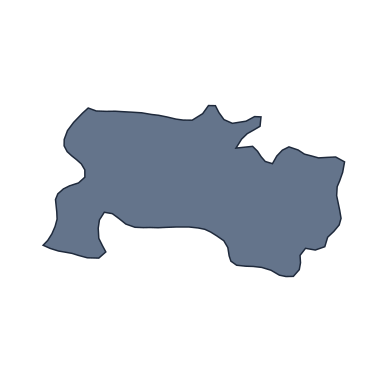 outline of Fama, Minas Gerais, Brazil, rotated 261°
{"feature_id": "56859067B48814730172569", "entity_name": "Fama", "entity_type": "district", "adm_level": 2, "iso_a3": "BRA", "parent_name": "Brazil", "parent_adm1": "Minas Gerais", "projection": "natural_earth1", "projection_center": [-45.815, -21.463], "detail": "fine", "context": "isolated", "style": "filled", "palette": "slate", "viewbox_px": 384, "rotation_deg": 261, "n_neighbors": 0, "source": "geoboundaries", "source_scale": "gbopen_adm2", "svg_char_len": 1561}
<svg xmlns="http://www.w3.org/2000/svg" viewBox="0 0 384 384"><g transform="rotate(261 192 192)"><path d="M117.2,314.6L126.1,318.9L130.9,325.9L136.4,332.2L142.7,335.1L151.1,335.0L165.8,334.3L174.5,336.2L180.1,339.7L187.9,343.9L197.9,347.4L204.1,339.4L205.0,331.3L205.9,322.3L208.9,315.7L211.8,309.0L216.9,303.4L221.4,294.8L219.2,287.8L214.3,281.4L207.4,275.9L210.7,269.1L216.0,265.8L222.0,263.1L227.6,259.0L228.5,242.3L236.5,249.3L241.0,255.7L243.6,262.7L246.3,269.5L255.4,271.9L256.7,265.6L253.5,256.5L253.5,242.6L258.5,234.9L266.2,231.0L273.6,228.6L274.8,221.8L267.7,214.8L262.9,203.4L264.4,194.6L266.5,187.6L270.0,179.1L273.0,171.0L274.9,164.2L278.1,154.7L280.2,145.3L281.9,137.4L283.8,128.8L285.1,119.8L287.0,110.1L291.2,102.6L287.0,96.2L279.3,86.0L272.1,78.6L263.9,74.0L257.6,72.9L251.4,75.0L246.6,78.8L241.9,83.1L237.0,87.1L230.6,89.6L223.4,88.5L218.7,81.3L217.3,72.2L215.2,65.5L211.2,59.2L205.9,56.0L193.2,55.3L186.3,54.5L179.4,51.4L172.6,47.1L166.7,41.9L162.7,36.6L158.4,43.2L154.6,50.9L152.5,57.1L150.1,64.0L147.2,69.8L143.4,78.3L141.3,89.6L146.3,97.5L153.1,95.1L160.8,92.7L170.9,93.7L178.9,96.2L185.7,102.2L183.1,109.9L176.9,116.0L170.7,121.6L166.1,130.1L164.4,138.5L163.5,145.0L162.0,153.0L161.1,161.1L159.9,171.0L157.9,183.6L155.5,192.5L153.1,198.9L149.6,204.1L144.9,209.5L138.9,215.8L131.5,218.7L123.1,218.7L117.6,219.6L112.7,224.6L110.3,233.5L108.9,240.8L106.6,249.1L102.4,257.7L96.2,265.3L93.8,271.6L92.8,278.9L98.5,285.8L105.1,288.1L112.5,288.8L118.6,295.3L115.4,304.7L117.2,314.6Z" fill="#64748b" stroke="#1e293b" stroke-width="1.5"/></g></svg>